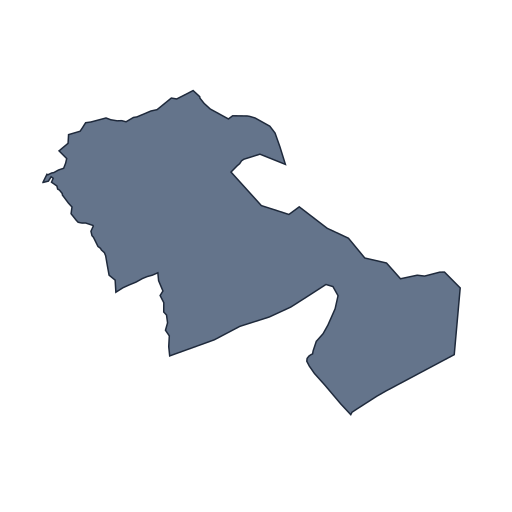 Logo, Benue, Nigeria, rotated 168°
{"feature_id": "59680162B24857715869577", "entity_name": "Logo", "entity_type": "district", "adm_level": 2, "iso_a3": "NGA", "parent_name": "Nigeria", "parent_adm1": "Benue", "projection": "albers", "projection_center": [9.31, 7.724], "detail": "fine", "context": "isolated", "style": "filled", "palette": "slate", "viewbox_px": 512, "rotation_deg": 168, "n_neighbors": 0, "source": "geoboundaries", "source_scale": "gbopen_adm2", "svg_char_len": 1960}
<svg xmlns="http://www.w3.org/2000/svg" viewBox="0 0 512 512"><g transform="rotate(168 256 256)"><path d="M225.5,134.3L223.6,129.7L223.2,128.8L215.5,115.4L203.7,93.4L196.3,81.1L194.6,83.2L189.3,85.3L167.1,93.7L156.8,97.0L82.6,118.3L62.9,182.3L75.0,201.1L79.7,202.0L95.3,201.3L102.3,203.7L119.4,203.7L129.8,222.0L150.0,231.4L161.9,254.2L180.5,268.2L203.5,295.1L215.2,289.8L240.3,304.2L263.0,343.3L255.6,348.2L252.8,349.7L250.4,352.1L247.7,353.2L241.1,353.8L231.0,354.8L208.2,339.5L209.9,357.8L211.8,372.3L215.5,380.1L228.2,391.2L233.2,393.9L235.5,394.8L249.7,398.0L254.5,395.8L270.2,409.3L275.0,416.0L278.0,422.0L277.9,423.5L283.1,430.9L300.9,426.1L306.0,428.1L322.4,419.7L328.6,419.7L340.0,417.5L343.6,416.8L347.1,417.0L355.2,414.3L359.2,416.3L363.7,417.1L369.8,419.5L374.0,422.2L379.8,421.9L389.8,421.4L394.9,421.8L396.5,420.2L399.2,417.4L402.1,414.6L414.1,413.7L416.4,405.3L426.8,399.8L420.9,390.7L422.9,386.4L425.9,381.8L431.3,381.2L436.5,379.6L438.6,379.7L442.8,378.7L443.5,379.4L449.1,372.3L449.1,372.2L443.5,372.4L439.9,376.1L438.2,374.2L440.7,370.7L436.2,365.9L436.1,362.7L434.6,361.4L432.5,357.3L432.7,355.9L428.5,346.8L425.8,342.2L428.1,335.8L424.5,328.5L423.0,326.0L421.0,325.1L419.3,324.4L415.8,323.7L409.1,319.8L409.0,319.0L412.3,314.5L412.2,310.0L411.1,308.1L408.6,298.2L406.5,295.8L406.0,294.1L403.6,290.8L403.2,288.4L403.0,287.7L403.4,277.3L403.7,267.8L398.8,261.7L400.6,249.7L392.8,252.6L386.0,254.1L378.8,255.4L371.7,257.6L366.7,258.5L361.4,258.8L355.5,260.0L356.4,252.1L354.3,241.1L358.0,237.3L355.9,229.5L357.9,220.4L355.8,216.9L356.4,209.0L360.0,202.2L357.4,195.9L360.2,185.5L361.2,176.2L355.6,177.0L314.2,182.7L286.6,190.5L283.9,190.8L255.6,193.6L232.7,198.8L222.5,202.6L210.8,207.0L193.5,213.6L187.1,210.1L184.0,200.1L189.6,187.9L200.0,173.5L206.5,166.1L214.3,160.3L214.7,160.1L219.8,151.4L221.0,148.5L222.6,148.1L224.9,147.2L227.3,145.2L228.2,142.5L226.7,137.1L225.5,134.3Z" fill="#64748b" stroke="#1e293b" stroke-width="1.5"/></g></svg>